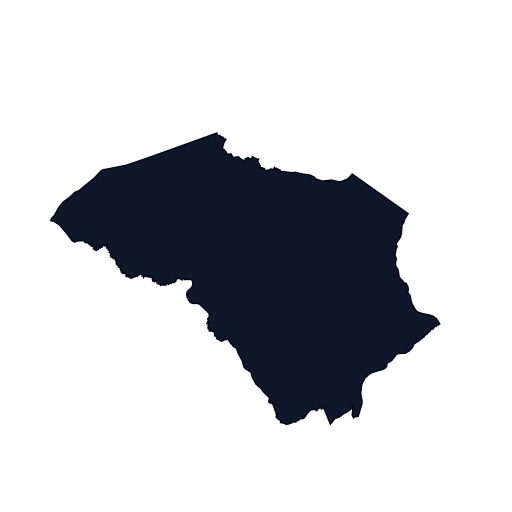 Koun Mom, Rôtânôkiri, Cambodia (Albers equal-area conic projection), rotated 125°
{"feature_id": "14789045B34257820589195", "entity_name": "Koun Mom", "entity_type": "district", "adm_level": 2, "iso_a3": "KHM", "parent_name": "Cambodia", "parent_adm1": "Rôtânôkiri", "projection": "albers", "projection_center": [106.798, 13.499], "detail": "fine", "context": "isolated", "style": "filled", "palette": "ink", "viewbox_px": 512, "rotation_deg": 125, "n_neighbors": 0, "source": "geoboundaries", "source_scale": "gbopen_adm2", "svg_char_len": 6109}
<svg xmlns="http://www.w3.org/2000/svg" viewBox="0 0 512 512"><g transform="rotate(125 256 256)"><path d="M344.7,444.3L343.5,441.6L343.2,434.9L346.3,423.0L348.8,415.8L348.9,414.2L348.4,412.3L347.7,412.4L345.6,410.4L342.5,406.2L342.1,405.1L342.9,404.0L342.1,401.9L341.1,401.2L342.0,399.7L342.1,398.3L341.5,397.5L342.3,396.8L341.6,395.1L341.0,394.8L341.5,393.6L342.9,393.6L343.0,393.1L341.6,392.7L342.5,391.8L343.4,392.0L343.1,390.2L341.1,389.0L339.7,389.9L339.6,389.0L338.8,388.8L338.7,388.1L337.1,388.2L336.9,388.0L337.3,387.7L336.7,387.1L335.1,387.9L334.7,387.7L334.6,386.1L334.0,386.5L333.9,385.2L332.9,384.5L333.5,383.8L333.5,383.1L334.6,383.5L335.1,382.5L334.6,381.5L335.8,380.3L335.2,379.2L335.8,378.3L336.9,378.2L336.3,377.4L336.6,376.9L337.9,376.5L338.1,375.1L339.3,375.4L340.0,374.0L339.3,372.6L339.7,372.3L339.6,370.8L338.7,370.2L339.4,369.7L339.8,368.8L339.1,368.6L340.2,367.3L340.9,367.4L342.1,365.4L342.5,365.9L342.7,365.6L343.0,363.5L342.5,363.2L343.1,362.2L343.8,361.9L343.6,361.3L343.2,361.3L342.5,361.9L342.4,361.2L343.4,360.7L344.3,359.3L345.0,359.2L345.3,358.2L344.8,357.9L344.8,357.4L345.8,357.6L346.5,356.9L346.6,355.0L345.6,354.5L345.7,353.5L345.0,352.6L346.2,351.2L346.8,351.2L347.0,350.9L346.5,350.8L346.8,350.0L345.7,350.2L345.8,349.7L344.6,349.6L345.0,348.8L345.5,348.9L346.2,347.9L345.6,346.0L345.9,345.5L344.2,344.4L343.6,344.9L343.4,344.3L342.4,344.3L342.6,343.4L342.1,343.1L340.9,343.0L340.5,343.7L340.0,342.9L341.0,342.1L340.9,341.8L340.3,342.0L339.9,341.6L339.3,342.2L338.9,341.3L338.2,340.8L337.8,341.0L336.4,339.2L336.7,338.5L337.6,338.0L337.1,337.5L337.3,337.1L336.7,336.6L337.8,335.8L335.6,335.6L335.8,334.7L335.4,334.1L335.0,334.1L335.3,333.2L334.5,332.8L334.8,332.2L334.0,331.5L334.3,330.7L333.6,329.6L333.0,329.7L332.6,329.0L333.4,328.5L333.5,327.8L334.8,327.3L334.9,326.8L335.7,326.3L335.2,325.5L335.4,324.7L334.2,324.7L333.8,323.3L334.1,323.1L333.8,322.2L334.9,321.6L334.9,319.9L333.7,319.9L334.7,317.5L334.0,317.4L333.9,316.5L333.0,316.5L332.9,316.9L332.7,316.6L332.2,315.4L332.8,314.9L332.3,314.2L331.7,314.3L331.4,313.2L329.0,313.3L328.8,313.0L329.2,312.6L329.4,311.4L326.8,310.5L326.8,309.9L325.9,310.2L325.1,309.3L325.5,309.2L325.4,308.5L324.4,308.3L324.1,307.6L322.7,307.3L322.1,308.4L321.3,307.6L318.7,307.5L318.0,303.2L317.7,302.6L316.9,302.9L315.7,302.0L315.7,300.9L316.1,300.8L315.2,299.5L314.3,299.0L314.2,298.0L313.4,297.8L312.3,295.0L313.8,292.6L316.4,290.9L319.0,290.7L324.1,291.8L326.8,291.1L329.0,289.0L330.7,286.1L331.6,283.4L331.4,281.4L330.5,279.6L328.6,277.3L327.8,274.7L329.1,265.3L330.0,261.7L330.9,260.4L332.0,259.8L333.7,259.2L335.3,259.5L336.1,257.8L337.3,257.9L337.4,255.7L338.2,256.0L338.9,257.6L339.3,257.6L339.2,256.3L339.5,255.9L342.9,253.6L343.0,253.2L341.7,252.8L342.5,252.4L342.4,251.4L343.6,251.6L344.0,251.4L343.9,250.9L343.5,250.0L342.6,250.2L342.5,247.9L341.7,247.1L341.8,246.7L342.4,246.6L342.3,245.8L343.4,245.5L344.4,244.3L345.1,244.1L344.7,242.6L345.0,241.0L346.2,240.8L346.3,240.2L345.6,238.0L346.0,236.7L345.7,235.7L344.3,235.3L344.6,234.7L342.2,233.6L341.9,232.7L340.6,232.2L340.2,231.1L341.0,229.2L340.6,229.3L340.8,228.6L342.2,226.5L342.2,224.8L343.0,223.4L342.8,218.8L345.6,215.3L349.6,207.3L354.0,201.9L354.4,199.5L354.0,193.4L357.4,189.5L361.0,182.3L361.7,174.9L362.8,173.0L364.4,163.5L367.9,162.0L368.5,160.9L367.3,158.2L369.0,155.0L371.2,152.4L372.6,149.7L373.7,149.2L373.9,148.0L376.3,147.2L376.9,144.1L376.8,141.5L377.0,140.9L378.3,140.4L376.8,136.9L376.4,134.3L372.5,131.2L371.3,131.2L369.0,128.1L367.6,128.1L366.2,127.0L364.1,126.5L361.6,123.8L358.5,123.6L355.0,124.0L354.3,123.4L352.7,123.6L351.5,123.2L349.7,122.1L348.1,120.3L347.7,117.4L346.0,117.9L345.3,117.3L344.2,117.2L343.4,116.1L343.8,114.6L341.5,113.4L351.0,98.7L343.8,98.2L340.2,95.5L335.1,93.9L330.3,91.4L327.5,90.6L324.2,90.2L326.8,88.3L330.9,86.1L331.8,85.0L332.4,83.3L331.9,83.5L328.7,80.4L316.4,84.5L313.9,86.0L308.9,91.2L300.8,95.6L298.6,96.2L293.1,96.7L288.5,95.6L284.4,93.8L276.2,87.2L273.5,85.8L271.3,85.8L268.7,87.3L265.7,85.6L263.7,84.9L256.0,84.6L253.9,83.1L250.0,77.9L245.5,76.0L241.6,75.4L238.0,76.1L236.5,75.9L231.6,73.7L229.4,73.5L229.0,72.8L227.3,72.8L226.1,72.0L224.9,72.2L221.8,71.5L221.6,71.1L220.4,71.5L220.1,71.0L219.0,71.0L217.5,70.3L217.2,70.6L215.6,70.6L214.4,69.1L212.0,69.3L210.8,68.8L210.1,68.0L209.3,68.4L208.6,68.1L208.3,67.3L206.2,66.6L204.0,71.8L203.8,76.3L204.8,79.8L207.9,87.0L209.3,92.1L208.7,94.5L205.9,100.6L203.6,103.5L200.1,107.0L198.7,111.0L196.2,111.9L194.2,113.8L192.3,117.4L193.2,119.3L192.2,121.8L191.3,126.5L185.6,132.0L184.6,134.9L183.4,136.6L182.1,137.6L177.6,139.6L175.9,142.3L174.8,143.0L169.5,145.5L167.4,145.7L165.7,148.4L157.9,148.5L153.8,150.0L147.0,154.2L144.6,154.1L140.2,155.4L134.1,155.7L133.7,224.1L140.0,224.8L146.3,229.0L147.6,230.5L150.4,237.4L156.6,244.6L158.6,250.9L158.0,253.9L158.8,258.4L162.5,265.5L164.7,271.5L167.5,274.8L170.4,280.6L172.6,284.1L172.6,284.6L171.7,285.9L172.6,287.7L172.3,288.3L172.4,289.5L172.7,289.8L173.8,289.3L174.2,290.2L173.2,290.9L173.0,291.7L174.3,291.3L176.4,292.6L176.0,293.7L177.3,294.0L178.8,295.6L179.8,296.0L180.5,297.4L179.6,299.5L180.5,301.0L180.2,302.0L180.9,302.8L181.8,303.0L181.6,303.6L180.8,304.2L179.6,304.4L179.9,306.0L178.7,306.2L178.8,307.0L177.7,308.1L177.4,309.3L175.3,309.5L176.2,310.5L176.1,312.3L177.1,314.5L176.5,315.4L176.8,315.8L177.5,315.2L177.9,315.6L179.3,315.4L180.0,317.4L179.9,318.9L181.2,318.7L181.1,319.7L182.0,319.9L182.8,320.6L183.9,319.3L185.9,320.7L184.9,321.7L185.4,324.2L184.8,327.2L186.6,329.4L188.7,330.3L189.2,331.0L188.3,331.3L187.7,332.2L187.6,333.6L186.8,334.9L187.0,335.7L188.5,335.1L188.4,337.2L189.0,338.6L187.8,340.5L187.7,342.5L187.0,343.3L187.6,344.7L187.4,345.2L185.6,345.8L185.0,346.5L183.7,346.4L182.4,347.2L180.3,347.4L179.2,347.9L178.4,347.5L177.7,347.7L177.9,348.5L178.6,348.5L179.1,349.0L178.9,349.9L177.9,350.2L177.7,350.8L178.2,352.5L179.1,352.9L178.1,354.4L179.3,356.5L177.8,358.6L236.6,400.1L256.1,414.3L273.5,431.0L275.7,431.8L284.3,433.0L304.5,438.6L307.2,440.6L314.3,442.2L322.8,444.9L328.8,445.4L338.0,444.4L342.8,445.0L344.7,444.3Z" fill="#0f172a" stroke="#020617" stroke-width="1.5"/></g></svg>